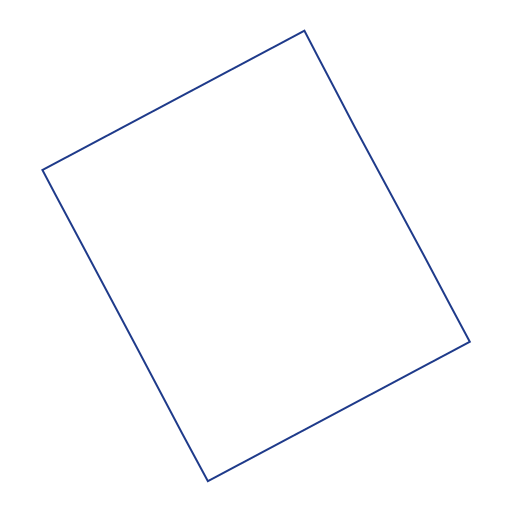 Ngaanyatjarraku, Western Australia, Australia (Mercator projection), rotated 62°
{"feature_id": "25037944B86885707589826", "entity_name": "Ngaanyatjarraku", "entity_type": "district", "adm_level": 2, "iso_a3": "AUS", "parent_name": "Australia", "parent_adm1": "Western Australia", "projection": "mercator", "projection_center": [128.838, -25.094], "detail": "medium", "context": "isolated", "style": "outline", "palette": "blue", "viewbox_px": 512, "rotation_deg": 62, "n_neighbors": 0, "source": "geoboundaries", "source_scale": "gbopen_adm2", "svg_char_len": 436}
<svg xmlns="http://www.w3.org/2000/svg" viewBox="0 0 512 512"><g transform="rotate(62 256 256)"><path d="M432.2,336.5L432.1,169.4L432.1,141.3L432.1,107.5L390.1,107.6L335.8,107.5L188.2,108.3L146.6,108.0L110.0,107.8L89.4,107.6L79.8,107.5L79.8,194.2L79.8,283.9L79.8,404.2L107.5,404.3L168.3,404.2L225.1,404.2L281.5,404.2L377.5,404.5L399.5,404.4L432.2,404.2L432.2,402.2L432.2,336.5Z" fill="none" stroke="#1e3a8a" stroke-width="2"/></g></svg>